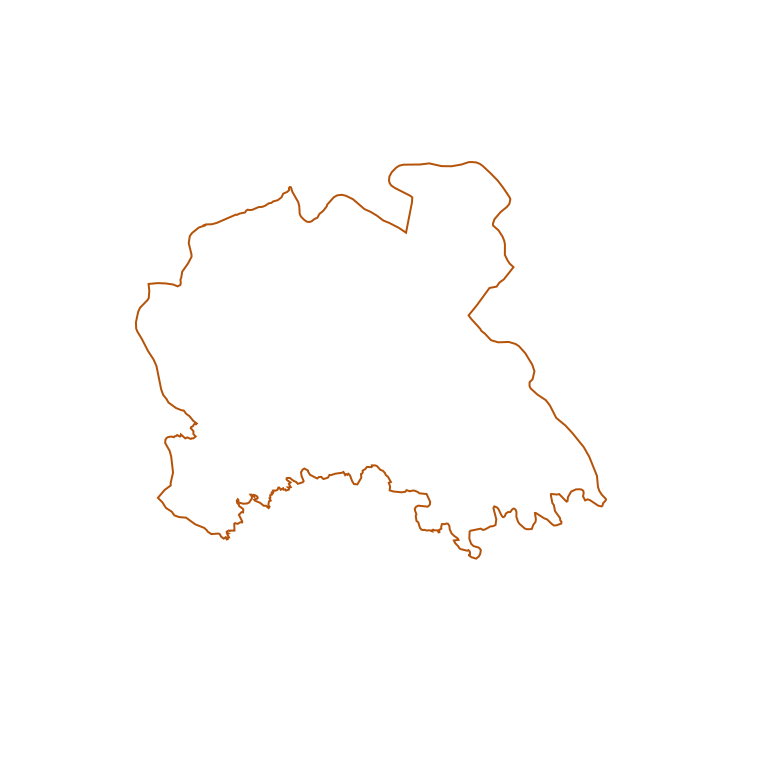 Ioba, Ioba, Burkina Faso (Equal Earth projection), rotated 308°
{"feature_id": "67063806B47797635439115", "entity_name": "Ioba", "entity_type": "district", "adm_level": 2, "iso_a3": "BFA", "parent_name": "Burkina Faso", "parent_adm1": "Ioba", "projection": "equal_earth", "projection_center": [-3.138, 11.037], "detail": "fine", "context": "isolated", "style": "outline", "palette": "amber", "viewbox_px": 768, "rotation_deg": 308, "n_neighbors": 0, "source": "geoboundaries", "source_scale": "gbopen_adm2", "svg_char_len": 6154}
<svg xmlns="http://www.w3.org/2000/svg" viewBox="0 0 768 768"><g transform="rotate(308 384 384)"><path d="M481.7,189.6L481.2,188.5L479.8,188.5L478.4,189.9L475.6,189.4L472.0,187.4L468.0,188.3L463.4,187.1L459.7,184.3L457.4,183.8L455.5,182.0L451.3,180.6L448.5,178.9L446.4,176.4L440.1,172.9L438.3,171.0L437.5,169.3L435.9,168.7L433.6,168.9L429.4,165.3L426.6,163.9L426.3,163.0L408.1,153.1L403.9,150.0L400.1,145.4L398.3,144.4L398.3,145.1L393.4,141.8L384.9,139.8L381.0,139.9L374.8,143.4L367.5,152.6L365.8,154.0L357.9,155.4L348.3,155.8L342.9,158.8L340.8,159.4L338.5,161.7L336.6,162.5L333.9,161.3L332.6,156.6L328.8,150.0L324.3,143.7L317.9,136.9L312.8,141.8L306.9,145.7L304.6,146.0L294.0,144.8L289.6,145.8L279.8,150.6L275.1,154.6L273.4,157.5L270.6,165.0L264.7,177.8L261.4,187.4L258.1,193.6L242.6,211.7L239.4,216.8L238.2,222.1L236.7,225.6L237.0,234.9L238.7,240.7L239.8,242.5L238.7,246.6L238.9,250.4L237.5,256.5L237.6,260.8L236.4,260.6L236.1,259.5L235.1,259.1L233.0,259.4L231.1,258.5L230.2,258.9L229.5,262.9L227.2,264.6L226.7,267.9L223.9,267.3L222.6,265.8L221.8,265.6L220.8,261.9L218.8,260.9L219.2,255.0L217.4,255.8L216.8,255.3L216.5,252.5L214.9,252.2L213.8,251.2L212.7,251.2L211.7,248.8L209.3,246.6L207.7,245.9L205.4,246.1L202.8,247.9L199.3,256.3L195.8,261.0L184.3,272.3L174.5,276.9L172.7,278.4L165.6,276.4L155.1,275.9L154.3,282.3L152.1,288.4L152.7,295.4L151.4,299.6L153.0,304.5L156.8,310.3L157.2,321.6L159.9,330.8L159.7,334.2L159.1,336.1L159.5,340.4L164.2,345.6L164.6,346.8L163.4,349.8L163.5,352.9L165.9,353.6L164.7,355.7L165.5,356.4L167.0,355.6L167.7,356.3L169.5,352.4L170.4,353.2L170.3,351.8L170.8,351.0L173.0,351.9L173.3,353.1L173.9,353.2L176.4,356.4L181.8,352.0L182.7,352.4L183.6,354.7L186.7,356.0L187.6,357.4L188.4,356.9L191.6,350.2L195.3,350.6L196.1,352.0L198.3,350.5L198.8,349.4L198.6,345.0L199.5,344.0L199.9,341.5L201.3,339.9L203.1,339.7L202.9,340.8L201.4,341.7L201.3,342.8L203.0,346.8L205.6,349.7L207.7,350.7L212.6,350.3L213.9,349.3L214.6,346.9L215.2,347.6L215.3,351.1L216.5,349.9L216.9,350.8L217.3,352.8L217.0,354.1L216.0,354.8L212.9,352.9L212.6,353.9L214.1,359.6L214.0,364.1L215.4,365.9L215.2,369.5L216.8,369.4L217.1,367.9L217.9,367.1L220.7,365.6L222.4,366.5L223.5,364.1L224.3,364.5L226.3,362.8L228.0,363.8L228.6,362.6L229.5,362.3L230.0,363.6L231.0,363.3L231.7,362.2L233.7,364.6L235.4,365.2L237.2,364.5L237.9,365.2L237.1,367.7L239.7,368.7L238.9,369.9L240.2,371.2L239.7,372.3L242.0,374.0L243.5,373.6L243.5,372.0L245.3,373.9L246.7,370.5L248.8,371.0L248.6,367.1L248.9,365.9L249.8,365.3L250.6,365.9L252.0,367.6L252.0,372.2L252.7,375.1L252.3,377.6L256.6,380.5L258.0,380.5L260.8,375.6L263.4,372.9L266.6,372.6L268.4,373.4L269.0,377.4L268.2,378.1L266.9,381.6L268.4,389.5L270.6,390.0L272.2,391.7L271.8,394.7L272.9,395.6L275.8,397.5L278.8,397.0L279.6,398.3L283.5,401.0L288.0,405.4L289.7,406.2L288.3,409.5L289.7,409.6L289.9,411.1L291.3,411.1L291.1,413.4L287.8,418.8L286.7,421.9L288.5,424.8L296.2,423.8L298.9,421.3L300.1,421.9L301.4,421.6L302.5,420.5L305.3,421.6L308.1,421.6L310.8,425.3L311.8,425.4L312.4,424.6L314.4,427.1L315.0,428.8L314.1,434.1L314.9,436.3L314.5,439.5L313.4,441.3L313.3,444.3L311.0,449.8L309.1,448.6L307.0,451.9L303.7,453.9L305.1,457.6L309.6,464.7L312.2,467.1L314.2,467.1L315.3,470.3L317.8,472.3L318.8,473.9L319.7,477.2L319.6,479.1L323.5,485.3L319.6,492.9L317.3,494.3L315.5,494.3L314.2,493.9L309.2,485.9L307.1,484.9L304.8,485.0L303.5,486.2L301.2,489.8L299.6,490.2L296.1,493.9L296.1,496.2L292.7,501.0L292.3,503.2L293.0,504.8L293.9,505.5L294.8,507.8L296.7,509.8L297.7,513.0L298.9,512.0L299.5,512.6L299.7,513.7L301.7,516.5L300.7,518.3L301.3,518.9L303.2,517.3L305.2,518.3L306.8,516.9L309.3,515.9L310.9,518.1L312.7,519.3L313.2,520.5L312.5,522.7L309.8,525.5L307.9,529.2L307.5,532.6L307.7,537.3L307.0,538.7L303.7,535.4L302.4,538.1L301.8,542.6L300.9,544.7L301.2,546.3L303.9,552.3L305.1,552.8L304.9,554.3L304.1,555.6L302.6,556.7L301.8,556.1L301.2,556.5L301.4,559.6L303.1,564.1L306.5,564.9L309.1,564.5L312.6,562.7L313.2,561.3L313.4,559.3L311.4,554.4L311.7,551.1L314.7,546.4L320.5,542.3L321.6,542.5L329.6,549.3L329.9,551.8L331.7,553.2L337.4,555.6L338.9,557.3L341.5,558.7L346.5,555.8L353.6,546.6L355.5,546.3L356.3,549.2L355.9,551.2L353.1,556.9L352.3,559.2L352.6,560.1L354.0,560.6L357.0,559.8L359.3,560.5L361.0,562.4L363.8,562.2L365.5,562.7L366.0,563.6L365.9,565.3L364.7,567.2L360.9,570.0L357.9,574.6L357.2,576.8L356.8,583.8L357.5,585.9L359.1,588.0L360.7,589.7L365.2,588.3L368.6,588.3L371.0,586.9L375.2,582.4L375.8,582.9L376.8,593.0L377.7,595.9L377.0,602.5L377.2,605.2L379.2,607.2L383.2,609.6L384.6,608.7L385.1,606.8L386.7,605.3L389.2,596.9L393.1,592.5L393.9,589.9L399.4,583.6L400.2,583.4L403.5,588.5L405.1,589.8L403.7,600.2L404.6,600.7L408.2,598.6L414.4,597.7L419.1,600.1L421.7,603.2L422.5,604.8L422.5,606.8L421.0,608.5L418.0,610.0L416.1,614.2L418.5,615.5L419.3,618.0L420.0,627.6L421.4,630.7L422.5,631.1L424.8,630.1L428.9,630.4L430.0,629.7L430.9,623.6L432.4,619.3L434.7,615.9L442.7,608.4L453.0,590.6L457.3,580.1L461.4,562.3L463.0,552.3L463.3,540.6L469.3,527.8L470.9,521.4L470.1,511.4L470.8,502.2L472.0,499.9L475.1,497.6L479.1,498.2L486.7,494.7L490.6,488.7L495.3,476.2L496.9,467.0L496.5,462.9L494.0,456.5L487.2,448.4L484.4,441.4L485.8,432.5L485.8,428.0L486.7,425.9L489.1,412.1L490.2,408.4L502.7,408.7L524.6,408.0L530.1,412.8L535.0,412.5L540.2,414.0L555.8,414.1L556.3,408.8L557.6,404.9L560.2,399.7L568.5,393.3L570.8,390.7L573.1,386.7L575.6,379.6L576.0,372.5L577.3,371.2L581.8,369.6L591.2,370.0L599.1,371.8L603.1,371.9L607.4,369.8L608.5,367.9L612.1,356.8L614.3,348.4L615.7,338.0L616.6,327.5L616.5,324.1L615.4,320.3L613.0,316.6L610.8,314.0L604.6,309.9L597.2,303.2L591.1,295.2L585.7,283.8L579.2,277.3L568.8,264.3L565.4,261.6L562.0,260.4L555.8,259.7L550.9,260.5L547.5,262.6L545.8,264.7L544.9,267.6L545.2,272.1L548.4,288.3L548.6,290.7L548.2,291.6L544.2,294.3L516.8,308.2L516.2,299.7L514.2,289.1L512.4,282.8L512.3,274.7L511.4,267.5L509.8,260.9L510.5,245.8L508.9,238.1L507.0,234.1L503.7,230.9L500.3,229.5L490.2,228.8L488.8,229.5L482.8,229.5L478.4,228.4L474.0,229.1L470.8,227.5L467.6,226.8L465.7,225.4L464.4,223.3L464.2,220.3L464.7,215.9L465.3,214.4L466.5,212.5L471.8,207.9L474.5,204.5L478.9,193.7L481.7,189.6Z" fill="none" stroke="#b45309" stroke-width="2"/></g></svg>